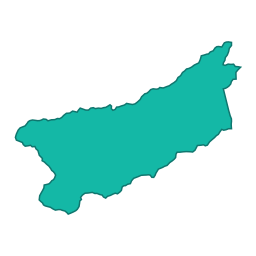 the district of Nova Trento, Santa Catarina, Brazil
{"feature_id": "56859067B31749157862997", "entity_name": "Nova Trento", "entity_type": "district", "adm_level": 2, "iso_a3": "BRA", "parent_name": "Brazil", "parent_adm1": "Santa Catarina", "projection": "orthographic", "projection_center": [-49.044, -27.304], "detail": "fine", "context": "isolated", "style": "filled", "palette": "teal", "viewbox_px": 256, "rotation_deg": 0, "n_neighbors": 0, "source": "geoboundaries", "source_scale": "gbopen_adm2", "svg_char_len": 3126}
<svg xmlns="http://www.w3.org/2000/svg" viewBox="0 0 256 256"><path d="M18.2,130.1L16.4,134.0L15.4,137.4L16.4,140.1L19.7,141.4L22.4,142.5L23.3,144.6L25.2,146.2L28.0,145.8L30.6,145.3L32.2,146.8L34.9,146.5L36.1,149.0L37.9,150.5L38.6,152.9L39.3,155.3L40.8,156.8L42.4,158.5L42.1,160.7L44.4,162.0L46.5,164.1L49.0,166.2L50.7,168.6L51.7,170.4L53.3,171.6L54.6,173.2L55.6,175.1L54.7,177.7L53.6,179.6L51.7,180.8L50.4,182.5L49.0,183.8L47.3,184.3L44.2,185.0L43.9,187.9L42.6,190.5L41.1,193.1L39.7,195.7L39.2,199.9L40.8,201.5L42.5,202.9L43.5,204.9L45.2,205.9L47.8,206.6L50.5,207.3L52.9,208.9L55.4,210.1L58.3,209.6L60.5,209.6L62.2,210.3L64.9,211.0L66.9,212.6L68.2,214.1L70.5,213.2L73.2,212.0L75.7,210.7L77.3,209.3L79.0,206.6L79.5,203.7L79.8,201.0L81.4,199.5L80.6,197.4L82.4,195.1L85.0,193.2L88.2,193.0L92.3,192.4L94.9,193.5L97.0,193.4L99.7,194.5L102.2,195.1L103.5,197.0L105.7,198.1L107.5,196.3L110.4,195.4L113.2,194.0L115.2,193.2L117.5,193.8L119.9,192.0L121.4,190.4L122.1,187.1L123.6,185.8L125.6,185.6L127.5,184.3L130.4,183.6L131.6,180.7L133.7,178.3L136.1,177.4L138.2,176.6L141.2,175.3L144.1,175.1L146.6,175.0L148.4,174.8L150.2,175.1L151.8,177.3L153.7,177.4L155.1,175.3L155.9,173.2L157.0,171.4L158.4,169.1L160.9,168.1L162.8,167.3L164.5,166.3L167.1,165.4L169.8,162.5L172.2,160.9L174.1,159.3L175.6,157.6L176.0,154.1L177.1,152.2L179.8,152.2L183.1,151.8L186.2,151.6L188.9,151.7L190.8,151.8L192.7,152.0L195.0,150.2L196.4,147.5L197.4,145.5L199.9,145.3L201.7,145.1L203.5,144.8L205.3,145.8L207.4,145.1L209.5,141.9L212.0,139.7L214.5,137.6L216.4,135.6L218.3,134.4L220.0,131.7L221.7,129.4L223.7,130.2L226.1,129.7L228.6,128.7L231.5,128.7L231.3,126.4L231.2,124.2L231.5,121.3L231.4,118.8L230.1,115.6L229.4,113.0L228.8,111.0L223.3,88.8L225.5,88.3L227.3,87.3L229.0,86.0L230.7,84.0L231.4,81.5L233.1,79.3L236.1,79.1L236.0,76.2L235.9,72.4L237.9,69.9L240.6,67.2L238.0,66.7L235.3,66.5L233.6,64.2L230.9,64.4L228.1,64.1L225.1,65.4L223.1,64.7L223.4,62.8L224.9,60.3L225.3,57.6L227.3,55.0L228.6,51.7L229.3,48.3L231.5,45.5L231.5,42.4L228.4,41.9L226.2,42.1L224.4,42.8L223.3,44.5L221.8,47.0L218.6,46.5L216.8,46.7L215.1,47.9L213.2,50.8L210.2,52.0L208.6,53.9L206.6,54.2L204.3,55.0L201.3,55.8L200.7,58.1L200.0,60.3L198.7,63.0L196.7,63.9L194.2,65.1L191.6,67.1L189.0,68.4L186.5,69.0L184.6,71.0L182.5,72.5L180.6,75.7L178.0,77.5L176.4,80.6L174.0,82.6L171.5,84.1L169.4,85.7L166.5,86.7L163.2,88.0L159.8,87.5L158.4,88.8L156.4,89.2L153.1,88.8L150.7,89.6L148.7,91.8L146.8,93.3L144.8,93.8L143.0,95.5L141.6,96.8L140.2,99.5L137.5,102.0L135.0,103.9L132.5,104.5L129.5,104.0L126.6,103.4L124.5,105.0L121.2,106.0L118.9,106.9L116.6,107.1L115.2,109.4L112.9,110.3L111.3,108.6L111.5,106.1L110.0,104.8L107.3,106.5L105.7,107.4L103.8,107.6L101.3,108.4L98.4,108.1L95.3,108.6L93.3,107.7L90.7,108.1L88.5,110.1L85.8,110.1L83.0,109.1L80.2,108.1L78.5,110.1L77.1,112.2L74.9,111.6L72.6,111.1L69.7,113.1L66.4,113.3L63.7,115.4L61.7,117.5L59.6,118.7L57.4,118.5L54.9,119.6L51.3,119.8L48.0,120.8L46.0,119.3L43.3,119.0L41.5,120.0L39.6,120.6L37.7,120.7L35.6,120.4L32.5,120.0L30.0,120.6L28.3,121.6L27.2,123.3L25.1,125.9L22.6,126.9L20.1,127.9L18.2,130.1Z" fill="#14b8a6" stroke="#0f766e" stroke-width="1.5"/></svg>